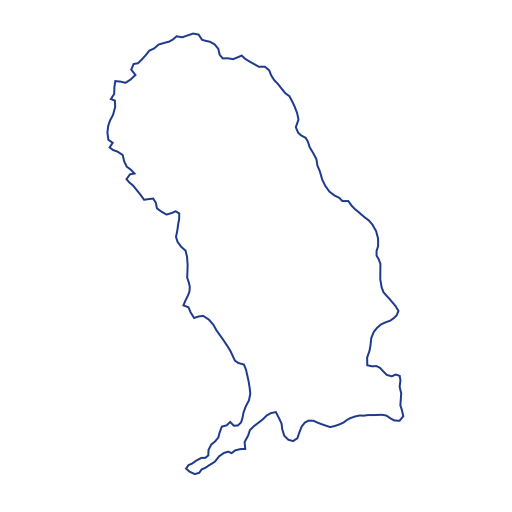 the district of Juramento, Minas Gerais, Brazil, rotated 2°
{"feature_id": "56859067B1388258583014", "entity_name": "Juramento", "entity_type": "district", "adm_level": 2, "iso_a3": "BRA", "parent_name": "Brazil", "parent_adm1": "Minas Gerais", "projection": "equal_earth", "projection_center": [-43.566, -16.852], "detail": "fine", "context": "isolated", "style": "outline", "palette": "blue", "viewbox_px": 512, "rotation_deg": 2, "n_neighbors": 0, "source": "geoboundaries", "source_scale": "gbopen_adm2", "svg_char_len": 3297}
<svg xmlns="http://www.w3.org/2000/svg" viewBox="0 0 512 512"><g transform="rotate(2 256 256)"><path d="M139.0,58.9L134.8,63.8L131.3,67.5L127.0,68.4L124.8,74.1L129.2,79.3L124.4,84.1L119.5,87.5L114.9,86.5L109.3,86.1L108.6,91.7L108.6,99.0L105.5,104.2L109.5,105.6L110.1,111.8L108.2,119.9L105.3,125.9L103.7,131.3L103.2,137.9L104.4,145.0L108.8,147.9L105.9,152.6L109.5,155.1L113.9,156.5L119.2,159.7L121.0,166.1L123.7,171.2L128.1,174.3L131.7,177.8L127.2,178.8L123.9,183.7L126.8,186.9L130.6,189.8L135.0,194.9L138.4,198.8L142.2,203.7L147.2,202.8L151.2,202.2L153.9,206.0L155.4,211.9L160.0,215.0L165.1,217.7L170.3,216.0L174.1,214.1L177.8,216.2L177.9,222.1L177.1,226.9L176.6,232.4L175.4,239.7L177.1,244.6L181.0,249.5L185.4,253.1L187.1,259.2L188.0,267.6L188.0,273.9L188.0,280.1L189.8,284.9L190.9,289.1L190.7,294.2L189.0,298.7L186.9,303.3L185.2,307.9L190.3,309.6L192.7,314.8L196.3,320.1L200.9,318.4L205.4,317.7L211.1,321.2L215.8,326.2L219.1,331.7L222.1,335.6L225.8,340.4L230.9,347.5L233.8,351.9L236.2,356.6L238.5,361.2L241.9,363.5L247.7,364.9L249.9,369.8L251.5,375.7L253.1,382.0L254.3,388.3L255.1,394.0L254.0,400.5L250.7,407.4L248.9,413.3L248.2,418.2L246.9,422.8L243.8,426.0L239.8,426.4L236.0,422.8L232.5,426.3L227.8,427.7L225.8,433.8L224.7,438.7L221.7,442.6L217.8,446.1L215.3,451.5L215.3,457.0L212.3,459.5L208.5,459.7L203.8,462.3L199.5,465.6L195.9,467.3L193.5,470.9L197.2,473.9L202.5,476.1L206.8,474.7L209.1,471.2L212.7,469.5L216.7,466.6L222.0,463.1L226.1,457.5L230.9,453.9L235.1,452.5L238.5,453.9L242.1,450.9L247.3,449.5L252.0,449.2L251.1,442.4L254.5,435.5L256.0,430.2L259.9,426.1L264.8,422.1L268.6,418.9L272.3,415.0L276.6,412.4L281.3,411.3L284.5,417.0L287.4,422.6L288.2,428.0L290.5,434.6L294.7,438.5L299.5,439.7L303.7,436.7L305.6,430.5L307.6,424.8L310.6,420.8L314.2,418.7L319.3,418.7L324.4,420.8L330.6,422.8L336.1,424.4L340.2,423.3L344.8,421.6L349.3,419.4L352.2,417.0L355.3,415.0L360.4,413.0L365.0,411.8L369.4,411.8L373.3,411.1L378.8,410.9L383.0,410.6L387.4,410.3L391.8,410.9L396.1,413.6L399.9,415.5L405.2,415.7L408.8,410.9L407.1,404.7L405.5,400.2L405.7,394.7L405.9,388.2L404.1,381.5L404.7,375.4L403.8,370.8L399.7,369.6L395.9,371.5L390.9,370.3L386.6,366.3L383.9,363.5L380.2,361.8L375.9,362.2L371.0,361.3L370.6,353.7L372.8,346.5L373.5,341.4L374.1,333.8L376.4,327.7L379.3,323.8L383.2,320.1L387.5,317.9L392.3,316.0L395.7,313.4L398.5,310.6L400.3,306.0L397.4,301.4L393.6,297.2L390.4,293.7L387.3,290.6L384.6,287.6L382.6,282.7L381.0,275.0L380.8,267.0L380.6,259.5L378.8,255.1L376.5,251.4L376.3,246.8L377.7,241.9L377.4,234.3L375.2,227.0L371.2,220.5L367.6,216.6L363.6,213.8L360.1,211.1L356.6,208.2L353.0,205.5L349.9,202.5L346.3,197.9L340.4,198.1L337.1,194.9L332.5,192.9L327.1,189.1L322.8,183.5L319.5,177.3L316.8,169.0L314.2,163.4L313.0,157.1L309.4,150.9L305.9,145.5L303.7,139.6L301.5,136.2L296.5,133.7L293.7,131.1L291.3,125.9L293.7,118.2L292.2,112.0L289.3,105.1L286.7,100.1L283.8,95.1L279.6,92.3L275.1,87.1L271.7,83.1L267.8,79.3L264.9,75.0L262.7,70.0L258.2,66.5L252.3,66.8L246.7,63.9L242.6,61.8L238.5,59.5L234.7,56.2L230.5,58.2L226.2,60.1L221.1,59.4L215.8,59.7L212.7,56.2L211.1,50.3L207.2,45.9L202.5,43.5L198.5,42.8L194.5,41.8L190.9,36.7L185.4,35.9L180.1,37.9L174.6,40.0L169.0,39.2L165.5,42.5L161.7,44.8L157.0,46.2L151.2,48.1L147.0,52.1L142.2,54.5L139.0,58.9Z" fill="none" stroke="#1e3a8a" stroke-width="2"/></g></svg>